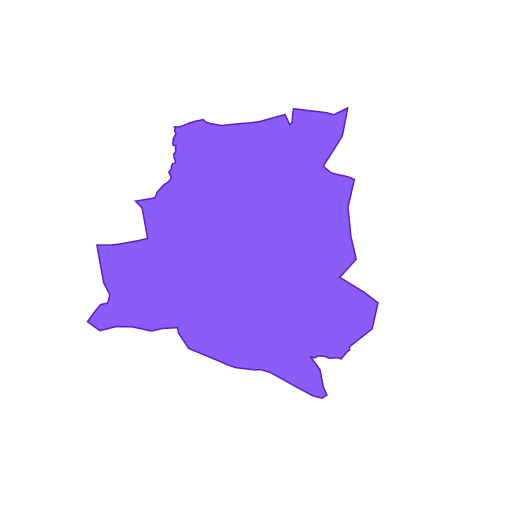 the district of Owerri Municipal, Imo, Nigeria, rotated 47°
{"feature_id": "59680162B94225169025314", "entity_name": "Owerri Municipal", "entity_type": "district", "adm_level": 2, "iso_a3": "NGA", "parent_name": "Nigeria", "parent_adm1": "Imo", "projection": "robinson", "projection_center": [7.015, 5.476], "detail": "fine", "context": "isolated", "style": "filled", "palette": "violet", "viewbox_px": 512, "rotation_deg": 47, "n_neighbors": 0, "source": "geoboundaries", "source_scale": "gbopen_adm2", "svg_char_len": 1644}
<svg xmlns="http://www.w3.org/2000/svg" viewBox="0 0 512 512"><g transform="rotate(47 256 256)"><path d="M307.3,354.8L315.9,351.2L323.9,346.9L338.3,334.7L342.5,329.9L351.2,324.9L365.5,320.2L378.5,316.1L383.5,314.4L391.4,311.7L397.4,309.6L405.0,304.6L406.1,299.0L397.6,296.0L382.7,286.7L367.4,284.9L370.2,282.8L371.1,280.9L371.0,279.6L372.9,277.2L376.2,274.2L380.2,272.5L381.3,271.4L383.0,269.5L384.8,267.1L387.1,264.9L389.3,264.1L388.7,258.6L388.3,255.1L388.4,252.3L388.5,251.7L386.1,249.5L388.5,220.8L373.5,198.7L356.5,201.6L328.7,209.3L326.7,184.9L306.0,173.0L283.0,155.4L267.1,131.8L260.6,134.8L250.7,141.7L246.0,144.4L236.2,145.6L231.1,125.9L227.0,110.9L217.3,97.5L210.2,88.0L205.7,102.8L199.8,106.3L173.9,128.1L176.7,131.7L183.0,138.8L183.1,141.8L172.3,138.2L160.2,161.6L155.0,169.0L147.6,178.3L137.1,192.2L128.8,198.4L123.9,201.4L120.2,201.6L116.0,208.7L113.4,213.8L110.9,220.5L109.4,223.8L105.9,227.7L107.8,228.5L109.5,230.4L112.0,231.1L112.6,233.1L113.5,235.3L114.4,237.5L115.3,237.2L115.9,238.6L116.9,240.3L117.5,240.7L118.7,241.0L119.5,240.4L121.0,239.4L122.2,241.4L123.8,242.4L125.2,244.1L125.4,246.8L127.4,248.0L129.2,249.3L132.3,250.5L132.9,251.9L131.8,253.7L132.1,256.0L134.5,258.3L135.2,262.6L140.4,264.1L141.9,267.1L141.8,271.2L141.1,274.3L141.3,277.8L141.9,284.8L144.5,289.8L142.4,293.6L139.3,298.3L133.7,306.7L143.3,306.6L169.3,323.3L163.9,332.5L154.2,347.6L149.0,354.7L139.5,364.9L172.0,385.8L184.7,389.3L189.2,396.7L185.5,402.7L186.9,412.7L189.1,424.0L204.1,421.2L212.0,406.8L223.2,395.0L239.5,383.7L245.3,373.7L254.8,362.4L259.6,365.2L277.7,368.3L307.3,354.8Z" fill="#8b5cf6" stroke="#5b21b6" stroke-width="1.5"/></g></svg>